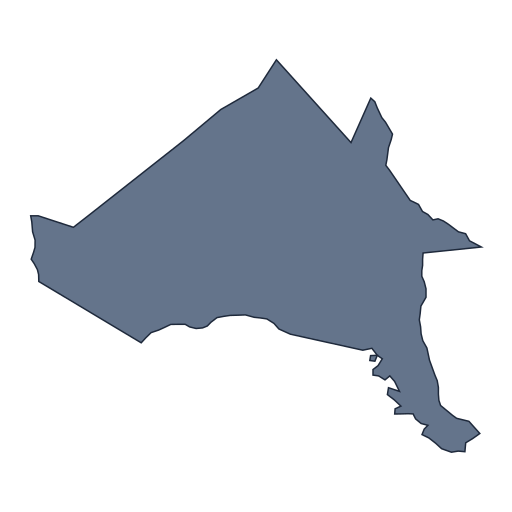 the district of Porto Calvo, Alagoas, Brazil
{"feature_id": "56859067B31730323010401", "entity_name": "Porto Calvo", "entity_type": "district", "adm_level": 2, "iso_a3": "BRA", "parent_name": "Brazil", "parent_adm1": "Alagoas", "projection": "mercator", "projection_center": [-35.39, -9.034], "detail": "fine", "context": "isolated", "style": "filled", "palette": "slate", "viewbox_px": 512, "rotation_deg": 0, "n_neighbors": 0, "source": "geoboundaries", "source_scale": "gbopen_adm2", "svg_char_len": 1700}
<svg xmlns="http://www.w3.org/2000/svg" viewBox="0 0 512 512"><path d="M220.8,109.5L183.5,140.7L90.2,214.2L73.4,227.3L38.2,215.8L30.7,215.8L31.8,221.9L32.6,231.8L35.1,240.1L35.0,247.4L33.6,252.2L31.2,259.2L34.2,263.6L37.4,269.6L38.6,274.5L38.8,281.5L141.2,342.8L145.8,337.8L151.1,332.6L158.6,330.1L164.5,327.4L170.8,324.4L178.4,324.3L185.2,324.3L189.6,326.9L196.1,328.5L202.6,327.9L207.3,326.0L211.0,322.2L217.0,317.6L224.0,316.3L230.2,315.4L237.4,315.2L245.4,314.9L254.2,317.3L260.1,317.9L266.8,318.9L274.0,323.4L278.9,329.0L290.4,334.2L362.8,350.2L371.9,348.3L377.3,355.3L382.3,358.8L378.0,365.7L373.0,369.5L373.0,375.1L378.6,375.9L385.0,379.9L389.8,375.9L394.6,381.4L399.5,391.4L388.5,387.7L387.4,394.6L394.2,399.8L400.9,406.1L395.1,408.8L394.7,414.0L400.8,413.9L408.1,413.7L413.1,413.9L415.6,418.9L421.1,423.5L427.9,425.3L424.2,429.1L422.0,434.6L428.8,437.9L435.6,443.2L441.6,448.7L451.4,452.2L458.2,451.1L464.9,451.7L465.7,442.8L472.9,438.4L479.8,433.5L468.9,421.3L456.6,418.3L452.6,415.4L440.6,405.5L438.9,400.4L438.4,394.1L438.4,387.4L437.2,380.6L434.9,375.1L429.5,360.2L426.9,348.0L422.8,340.7L421.1,333.8L420.6,326.8L419.3,319.8L420.2,313.3L420.9,306.1L426.0,297.3L426.0,288.8L424.2,281.7L421.8,276.3L421.8,270.6L422.6,265.4L422.6,259.2L423.1,253.0L481.3,247.0L469.5,240.8L465.6,233.7L458.4,231.8L448.3,224.2L443.4,221.0L438.1,218.8L432.9,219.9L427.9,214.5L422.5,211.5L418.5,204.4L410.2,200.4L389.6,170.3L385.8,165.3L386.9,159.7L388.5,147.6L391.2,139.6L392.5,134.1L385.5,122.2L381.8,117.6L377.2,107.8L374.8,101.7L370.8,98.1L351.0,142.6L276.4,59.8L258.2,88.0L220.8,109.5ZM377.3,355.3L370.6,355.6L369.8,360.5L374.9,361.2L377.3,355.3Z" fill="#64748b" stroke="#1e293b" stroke-width="1.5"/></svg>